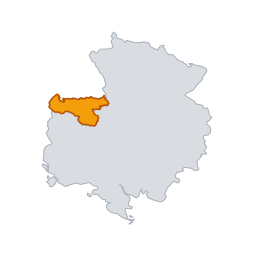 Sachsen on a map of Germany (Natural Earth projection), rotated 200°
{"feature_id": "DEU-1601", "entity_name": "Sachsen", "entity_type": "State", "adm_level": 1, "iso_a3": "DEU", "parent_name": "Germany", "parent_adm1": "", "projection": "natural_earth1", "projection_center": [12.997, 50.915], "detail": "fine", "context": "in_parent", "style": "filled", "palette": "amber", "viewbox_px": 256, "rotation_deg": 200, "n_neighbors": 0, "source": "natural_earth", "source_scale": "10m", "svg_char_len": 8819}
<svg xmlns="http://www.w3.org/2000/svg" viewBox="0 0 256 256"><g transform="rotate(200 128 128)"><path d="M110.2,212.0L104.0,208.6L98.4,208.9L97.5,207.8L95.6,207.9L92.8,206.1L90.2,207.1L89.6,208.2L89.8,208.8L92.3,208.8L92.7,209.3L90.1,210.4L85.8,210.1L80.8,211.1L76.6,210.9L74.1,210.1L73.5,208.5L73.7,206.2L74.8,203.1L75.2,200.8L74.7,199.3L75.4,197.2L77.1,194.3L79.7,186.0L85.4,180.1L85.3,178.1L75.8,176.0L74.3,175.5L72.9,173.9L65.3,174.8L64.7,173.3L62.7,172.6L60.6,173.9L59.9,173.7L57.0,170.0L56.4,168.3L55.0,167.2L52.9,166.9L53.7,163.5L55.7,161.0L55.8,158.9L51.6,157.2L49.6,154.8L49.1,152.0L50.4,148.8L53.9,146.9L53.6,143.7L50.7,142.1L50.5,141.6L51.8,140.4L47.5,136.8L48.6,133.2L47.9,132.2L45.9,131.4L45.3,130.3L46.8,130.1L50.3,127.6L50.4,127.2L49.5,126.9L49.4,125.9L51.8,120.7L51.7,119.8L49.9,117.2L49.9,116.3L47.5,113.5L47.5,112.5L51.5,110.7L54.9,112.0L56.1,111.2L57.8,111.3L61.9,110.0L63.0,108.4L61.5,107.2L61.7,106.1L66.3,103.3L67.1,101.9L67.4,99.3L66.9,98.4L66.3,97.8L62.4,97.3L61.4,95.8L61.8,93.8L62.5,93.4L67.2,93.4L69.3,87.6L70.4,85.8L70.9,78.6L68.4,76.5L69.5,72.3L71.4,70.1L72.8,69.5L78.9,69.1L85.6,69.3L88.4,72.6L87.3,74.4L88.9,75.2L89.7,74.9L90.8,71.7L91.4,71.2L94.1,73.3L94.1,76.0L95.0,72.3L94.5,69.7L94.9,67.2L96.6,65.1L101.5,66.0L107.0,65.5L109.0,66.5L113.6,71.3L117.1,72.4L114.4,71.3L108.8,65.5L103.0,63.9L101.7,62.2L101.8,56.3L99.6,55.1L97.2,55.5L96.9,54.2L97.3,53.2L102.7,51.6L102.9,50.0L98.1,44.3L98.0,41.8L102.1,41.9L107.0,43.1L108.2,43.9L114.6,42.8L119.5,44.5L121.7,46.9L121.8,49.0L118.9,51.5L123.8,51.2L125.0,53.0L127.6,52.3L134.1,55.1L139.1,53.6L140.0,55.9L139.0,58.1L135.5,60.5L136.2,62.0L137.4,62.4L140.7,62.0L145.9,63.5L152.9,58.9L158.5,58.4L166.8,51.6L174.8,52.9L176.9,55.8L182.2,59.0L187.1,58.8L188.8,61.8L189.6,65.6L192.4,67.5L196.6,68.4L197.3,72.3L199.4,78.6L199.4,80.5L198.6,82.6L197.3,84.4L194.6,86.6L194.4,87.8L201.3,93.2L203.2,95.9L202.1,99.7L203.2,101.6L204.4,102.2L204.8,103.2L204.8,105.5L205.7,106.1L204.3,110.2L203.0,111.8L203.4,113.3L205.3,115.8L205.3,118.9L209.1,121.0L210.6,125.2L209.7,128.8L206.2,135.2L203.4,134.4L203.6,133.0L203.1,132.9L202.2,131.2L198.1,130.2L196.9,131.0L199.0,133.4L190.5,136.6L184.3,137.9L182.1,140.3L181.0,139.8L178.6,140.8L177.5,142.4L174.6,142.8L173.2,144.8L170.0,144.2L166.1,145.1L164.3,146.1L161.1,150.0L158.6,147.0L157.9,147.0L157.7,148.0L159.3,150.1L159.9,151.9L164.4,155.2L165.4,156.6L163.2,160.3L167.5,166.7L170.8,169.8L172.7,169.8L176.8,173.8L179.5,175.2L181.6,178.0L184.3,178.4L188.3,181.8L189.2,182.9L188.6,187.1L186.6,188.6L183.2,187.2L181.1,192.4L172.4,196.1L169.9,198.3L169.8,199.1L173.4,203.4L173.4,205.4L172.4,207.4L174.9,207.9L175.3,208.9L174.5,213.1L170.7,211.6L170.0,209.3L168.5,208.6L164.7,209.3L159.7,207.4L159.3,209.8L150.6,210.6L144.6,212.9L142.9,214.3L138.1,215.1L137.0,215.0L135.1,212.1L127.1,211.4L125.7,215.7L124.7,216.9L122.3,217.8L122.6,215.8L120.1,215.1L120.0,213.8L118.4,212.4L114.4,210.8L112.5,212.0L110.2,212.0ZM186.8,53.6L187.2,55.1L186.8,55.9L184.8,54.6L182.8,54.6L181.6,56.6L180.7,56.7L177.6,54.8L177.1,54.0L177.4,49.9L178.3,49.0L178.5,47.8L180.2,46.4L181.7,46.4L182.9,48.3L185.9,49.5L186.1,50.1L184.5,51.7L184.9,52.6L186.8,53.6ZM195.7,63.4L195.8,65.2L190.7,65.0L190.2,63.6L190.6,62.3L188.9,60.9L188.9,59.4L195.7,63.4ZM92.3,43.0L91.1,44.8L91.4,41.6L93.4,38.2L94.2,38.3L93.1,39.9L92.9,41.8L97.3,42.0L96.7,42.6L92.3,43.0ZM143.9,52.8L141.2,52.8L139.1,51.7L140.4,50.1L143.1,50.9L143.9,52.8ZM96.4,46.1L95.7,46.6L93.1,46.0L95.1,45.0L96.2,45.3L96.4,46.1Z" fill="#d9dde1" stroke="#a8b0b8" stroke-width="1"/><path d="M199.5,130.7L199.3,130.7L199.1,130.6L198.9,130.4L198.7,130.3L198.1,130.1L197.5,130.2L197.1,130.5L196.8,131.2L196.6,131.4L196.8,131.6L197.4,131.6L197.8,131.7L197.8,131.8L197.6,131.9L197.6,132.1L198.1,132.5L198.7,132.6L199.2,132.9L199.1,133.4L198.6,133.8L197.2,133.7L196.5,133.8L196.3,134.0L196.0,134.4L195.8,134.6L193.0,135.6L192.6,135.6L192.0,135.6L191.6,135.6L191.4,135.7L191.1,136.0L190.7,136.2L190.4,136.1L190.2,136.3L190.2,136.5L190.2,136.9L190.2,137.0L189.9,137.2L189.4,137.4L189.0,137.5L188.2,137.4L187.8,137.4L187.1,137.6L186.8,137.7L185.1,137.7L184.3,137.8L183.6,138.2L183.8,138.5L183.7,138.9L183.5,139.1L183.2,139.3L183.3,139.5L183.2,139.7L183.0,139.8L182.7,140.1L182.4,140.4L182.0,140.4L181.6,140.3L181.5,140.1L181.2,139.8L181.2,139.7L180.9,139.6L180.8,139.8L180.1,140.2L180.0,140.4L179.8,140.9L179.4,141.0L179.1,140.9L178.8,140.7L178.5,140.7L177.9,142.0L177.6,142.4L177.2,142.7L176.2,142.6L175.7,142.8L175.3,142.8L175.0,142.8L174.9,142.7L174.7,142.7L174.4,142.8L174.3,143.7L174.2,144.1L173.9,144.4L173.4,144.8L172.8,144.8L171.1,144.0L170.9,143.9L170.8,144.0L170.4,144.1L170.1,144.1L169.8,144.1L169.5,144.2L169.3,144.4L168.9,144.9L168.7,145.1L168.4,145.1L167.5,144.9L166.1,145.0L165.4,145.2L164.7,145.6L164.6,146.0L164.6,146.3L164.3,146.3L164.1,146.5L163.5,146.7L163.3,146.9L162.8,147.7L162.6,147.9L162.4,148.0L162.2,148.2L162.2,148.6L161.8,148.9L161.7,149.2L161.7,149.6L161.7,149.9L161.8,150.1L161.8,150.3L161.6,150.5L161.2,150.4L161.1,150.2L160.8,149.6L160.8,149.3L160.7,149.2L160.3,148.8L160.3,148.7L160.5,148.4L160.3,148.2L159.8,148.2L159.5,148.1L159.3,148.0L159.3,147.8L159.3,147.4L159.2,147.2L158.8,147.0L158.0,146.9L157.8,146.7L157.3,146.6L157.1,146.6L156.9,146.6L156.1,146.2L155.9,146.1L155.8,145.6L155.8,145.4L155.4,145.1L155.1,144.6L154.9,144.5L154.4,144.6L154.3,144.4L154.3,144.2L154.6,144.1L154.9,144.0L155.0,143.9L155.0,143.7L155.2,143.3L155.1,143.2L154.9,143.0L154.8,142.9L154.8,142.7L155.1,142.2L155.6,142.0L155.8,141.7L156.0,141.5L156.3,141.5L156.5,141.6L156.6,141.8L156.8,141.9L157.0,141.9L157.2,141.7L157.6,141.2L157.9,141.1L158.0,141.2L158.2,141.3L158.3,141.3L158.8,141.2L159.0,140.7L159.0,140.2L159.5,139.7L159.9,139.6L160.3,139.7L160.7,139.7L160.8,139.6L161.4,139.3L161.6,139.1L162.0,138.6L161.8,138.5L161.4,138.5L161.2,138.4L161.0,138.0L161.1,137.6L160.9,137.5L160.8,137.4L160.5,137.5L160.5,137.4L160.7,137.0L160.9,136.9L161.0,136.9L161.4,136.5L161.3,136.4L161.0,136.3L160.8,136.1L160.8,135.8L162.2,135.5L162.3,135.4L162.9,135.1L163.5,135.0L163.8,135.1L164.2,134.7L164.5,134.4L165.3,134.0L165.4,133.8L165.7,133.9L166.1,133.9L166.7,133.9L167.0,133.9L167.2,134.0L167.4,133.9L167.6,133.7L167.9,133.5L167.9,133.4L167.5,132.7L167.1,132.1L166.6,131.9L166.0,131.7L165.8,131.5L165.6,131.2L165.1,130.4L164.9,129.7L162.1,129.0L161.0,129.1L160.2,129.0L160.1,128.9L160.0,128.7L159.9,128.4L159.6,128.2L159.4,127.9L159.5,127.3L159.0,127.1L159.0,126.9L159.2,126.7L159.2,125.8L159.1,125.6L158.8,125.2L158.8,124.7L158.6,124.5L158.6,124.3L158.7,124.0L158.9,123.8L159.1,123.7L159.3,123.6L159.5,123.6L159.6,123.3L159.6,123.1L159.6,122.9L159.4,122.6L159.3,122.4L159.3,122.0L159.3,121.5L159.1,121.2L159.1,120.9L159.1,120.7L159.4,120.5L159.5,120.3L159.7,120.2L159.8,119.9L159.8,118.8L160.3,118.5L160.4,118.4L160.4,118.2L160.5,118.1L161.1,118.3L161.6,118.3L161.8,118.3L162.7,117.9L164.0,117.8L164.1,117.7L164.2,117.2L164.4,117.1L165.8,117.2L166.1,117.3L167.8,117.0L168.0,117.2L168.4,117.0L168.5,116.9L168.9,116.4L169.1,116.3L169.8,116.4L170.3,116.6L170.7,116.4L171.6,115.8L171.8,115.6L172.3,115.6L172.5,115.9L172.7,116.0L173.0,116.1L173.6,116.3L173.9,116.6L174.1,116.5L174.2,116.4L174.4,116.3L174.5,116.4L174.7,116.5L175.0,116.8L175.6,116.9L176.1,117.4L176.3,117.5L176.5,117.6L177.2,117.8L177.3,117.9L177.3,118.0L177.2,118.3L177.2,118.5L177.4,118.7L177.8,118.8L177.9,119.1L178.0,119.6L178.0,119.8L177.7,120.0L177.8,120.3L177.9,120.5L177.8,121.0L177.7,121.3L177.4,121.5L177.4,121.9L177.5,122.1L177.9,121.9L178.1,121.9L178.2,121.7L178.4,121.8L178.6,121.8L178.8,122.1L180.8,121.6L181.1,121.5L181.2,121.4L181.4,121.3L181.7,121.3L182.5,121.6L182.8,121.8L182.9,122.0L183.1,122.1L183.4,122.2L183.7,122.6L183.9,122.6L184.3,122.6L184.5,122.6L185.3,122.8L188.1,123.0L191.2,122.7L191.5,122.8L191.7,122.7L192.1,122.3L193.1,121.2L193.3,120.6L193.4,120.3L193.5,120.1L194.2,119.4L194.4,119.2L195.1,118.9L196.2,118.7L197.1,118.8L197.7,118.9L198.4,119.3L199.0,119.1L201.4,118.2L202.2,118.0L202.6,118.0L203.0,118.1L203.4,118.3L204.2,118.5L205.0,118.6L205.0,118.8L205.4,119.1L206.6,119.5L207.0,119.7L207.4,119.9L208.3,120.1L208.7,120.2L209.0,120.4L209.3,120.7L209.5,121.0L209.3,121.3L209.5,122.9L209.6,123.3L209.6,123.5L210.0,123.9L210.4,124.3L210.7,124.8L210.6,125.4L210.7,125.6L210.4,126.1L210.2,126.7L210.0,127.3L210.0,127.9L210.0,128.2L209.9,128.4L209.7,128.5L209.6,128.9L209.6,129.3L209.6,129.6L208.8,131.2L207.9,133.0L207.2,133.5L207.0,133.9L207.0,134.3L206.7,134.9L206.5,135.2L206.4,135.4L206.1,135.4L205.7,135.4L205.0,135.3L204.3,134.9L204.0,134.8L203.4,134.6L203.3,134.4L203.4,134.0L203.7,133.4L203.8,133.1L203.7,132.9L202.5,133.2L202.3,133.1L202.4,132.8L202.6,132.5L202.7,132.2L202.7,131.8L202.7,131.6L202.6,131.4L202.3,131.2L202.1,131.1L201.6,131.0L201.4,130.8L201.2,130.7L201.1,130.4L201.0,130.2L200.9,130.5L200.7,130.6L200.0,130.6L199.5,130.7Z" fill="#f59e0b" stroke="#b45309" stroke-width="1.5"/></g></svg>